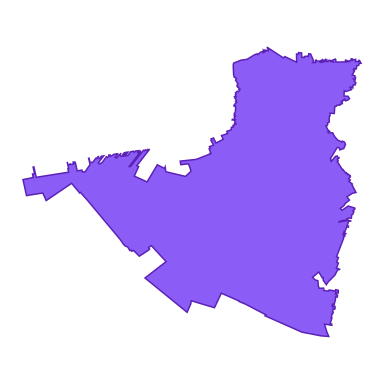 the district of Sector 5, Bucharest, Romania
{"feature_id": "2599482B58123345185343", "entity_name": "Sector 5", "entity_type": "district", "adm_level": 2, "iso_a3": "ROU", "parent_name": "Romania", "parent_adm1": "Bucharest", "projection": "natural_earth1", "projection_center": [26.071, 44.404], "detail": "fine", "context": "isolated", "style": "filled", "palette": "violet", "viewbox_px": 384, "rotation_deg": 0, "n_neighbors": 0, "source": "geoboundaries", "source_scale": "gbopen_adm2", "svg_char_len": 5943}
<svg xmlns="http://www.w3.org/2000/svg" viewBox="0 0 384 384"><path d="M23.0,179.6L26.5,195.6L42.8,193.0L46.2,200.6L71.6,183.3L79.7,193.0L80.4,192.4L87.7,200.6L120.1,239.4L123.3,244.0L125.0,245.9L127.7,247.0L129.9,250.6L131.1,250.1L131.9,251.3L133.5,250.4L139.3,256.2L148.5,250.2L149.6,249.0L148.5,247.7L151.3,245.6L166.1,261.6L145.0,278.0L187.1,312.3L190.7,304.1L191.3,300.8L214.5,307.7L221.3,293.2L239.1,301.0L239.0,301.5L245.6,304.2L265.9,314.8L265.0,315.8L302.0,332.2L320.7,335.8L328.8,336.5L327.0,332.4L324.5,324.1L332.5,325.4L331.3,324.7L331.5,324.0L330.1,323.8L331.9,318.0L331.3,317.9L332.2,313.4L332.9,313.5L333.2,312.0L332.6,311.5L333.1,309.0L334.7,309.3L335.2,307.2L334.4,307.1L334.6,306.0L333.1,305.8L332.5,306.8L332.1,305.8L332.5,304.0L334.2,304.3L335.4,300.0L335.6,296.9L337.3,297.1L337.5,295.0L336.1,294.8L336.3,293.7L335.5,293.6L335.8,292.5L338.2,293.0L338.3,290.3L335.7,289.7L335.3,291.0L329.1,290.0L328.9,290.9L327.3,291.0L324.1,290.6L323.6,288.1L319.2,288.3L318.3,285.6L317.9,280.6L315.5,280.1L312.5,277.4L318.8,272.0L322.3,277.9L323.2,277.8L323.2,280.2L326.3,284.7L328.2,281.9L335.0,275.0L337.4,270.2L340.3,269.1L338.6,269.3L338.1,268.5L336.4,268.3L338.4,263.1L336.7,262.2L338.4,257.5L336.5,256.8L343.8,237.8L343.5,236.0L344.8,236.1L345.0,234.2L345.8,233.6L344.2,232.7L343.6,234.4L343.1,234.3L344.1,231.5L344.9,231.8L346.8,226.7L349.0,227.4L348.1,226.8L348.3,226.2L346.9,226.4L348.7,221.2L351.4,221.0L347.9,220.4L339.0,222.0L339.4,221.3L342.7,220.6L342.6,219.9L343.1,220.6L347.1,219.9L346.9,218.9L348.0,218.8L348.1,218.2L351.4,218.2L351.7,214.8L352.7,214.4L353.9,211.7L353.0,210.8L354.7,209.1L354.3,209.0L354.6,208.0L348.2,206.0L342.0,210.3L340.3,208.3L343.5,206.1L345.7,203.1L349.5,200.1L346.9,196.8L352.4,193.3L356.0,192.5L351.8,184.4L352.3,184.0L348.9,181.3L350.3,180.0L348.6,178.7L350.3,176.9L349.8,176.6L350.2,175.6L348.0,174.1L347.6,174.6L346.3,172.6L345.6,173.0L342.9,169.5L342.5,169.8L337.2,161.4L338.2,160.8L337.3,159.2L339.0,158.1L338.9,157.6L338.1,157.9L337.3,156.0L335.5,156.3L331.3,161.4L330.8,160.5L331.2,160.3L330.4,158.7L336.9,148.0L337.9,147.3L339.3,148.0L339.7,149.9L343.8,148.5L345.5,144.5L344.5,142.1L342.3,141.1L341.7,142.0L337.6,140.0L334.5,136.4L332.7,132.8L329.1,133.0L327.8,132.1L329.6,131.3L327.8,129.8L325.9,125.9L326.9,125.8L327.7,124.6L327.7,122.8L329.3,122.0L329.2,116.8L330.0,116.0L330.0,113.2L334.3,113.5L334.8,106.4L336.2,106.3L337.1,105.1L339.8,105.2L339.9,104.5L341.8,103.9L342.3,103.6L341.3,102.0L342.3,101.9L342.1,100.9L344.3,100.2L344.0,99.5L344.7,99.1L345.6,100.8L348.1,100.0L349.5,98.6L348.0,96.3L344.0,96.0L344.3,90.7L346.1,91.5L351.3,89.7L351.6,89.4L349.9,87.5L351.4,86.9L352.8,87.9L353.1,84.9L355.0,85.0L355.9,82.8L354.6,81.8L355.0,80.9L353.5,79.2L355.1,79.5L355.6,77.5L354.6,77.3L354.9,75.8L352.2,75.0L354.5,71.0L353.5,69.9L354.6,69.6L354.2,68.6L356.3,68.9L356.8,65.7L358.7,65.4L359.2,63.3L361.0,63.3L359.5,60.4L358.8,60.4L358.7,61.3L355.6,61.6L355.6,59.3L352.3,60.2L352.4,58.9L351.2,58.8L351.2,60.5L349.4,60.7L349.0,61.7L347.6,60.9L347.5,61.8L346.3,61.8L346.1,60.2L345.5,60.1L345.4,61.9L335.9,62.1L335.8,59.7L335.1,59.0L332.2,60.4L333.2,61.9L330.6,61.4L330.5,60.4L328.9,60.3L327.8,61.8L326.9,61.3L326.8,59.8L325.7,60.4L325.4,59.5L324.7,60.3L325.8,61.2L325.4,61.5L322.3,59.5L322.1,59.8L324.6,61.5L322.6,62.0L320.8,60.6L320.2,61.0L321.3,62.4L320.2,62.4L319.3,61.1L316.3,60.9L316.2,60.1L315.6,60.2L315.7,62.5L312.7,62.6L313.7,61.2L310.7,54.0L308.7,53.7L308.4,56.5L307.1,56.1L304.4,56.5L304.3,57.5L301.8,57.3L301.6,52.9L298.6,52.6L298.5,54.1L296.5,54.0L296.6,62.2L284.9,56.6L283.4,57.9L267.5,47.5L267.2,47.9L268.9,49.2L268.2,49.7L268.3,50.7L267.1,50.1L265.7,51.3L265.1,50.0L264.2,50.1L263.6,50.3L264.5,52.0L263.9,52.3L263.2,50.7L263.0,52.2L262.5,51.6L260.5,52.2L257.8,54.6L257.0,53.8L254.3,54.9L247.1,59.3L240.9,60.2L233.6,63.1L233.2,65.3L233.6,74.9L234.2,77.1L235.4,77.3L235.3,78.5L235.5,78.0L236.4,78.5L235.6,80.3L238.0,84.0L237.0,85.1L237.0,86.2L238.3,86.9L237.9,87.4L239.6,88.7L238.9,89.3L239.9,90.1L238.1,91.8L237.3,91.2L235.5,92.8L236.1,94.1L235.4,94.5L235.4,95.4L236.0,96.1L235.0,96.6L235.7,96.8L234.9,97.7L235.5,97.8L235.1,98.2L236.4,100.8L235.6,101.3L236.7,102.5L235.2,103.4L234.7,104.6L235.0,105.0L234.0,105.2L233.9,105.9L235.7,106.9L235.3,112.1L234.1,113.9L235.2,115.1L234.3,115.6L235.2,116.5L234.3,117.0L234.4,118.7L235.1,119.4L232.3,119.4L232.2,119.9L234.3,119.9L234.3,120.6L234.9,120.7L234.9,123.1L235.9,123.2L235.9,124.1L234.3,123.9L234.0,125.6L233.0,125.5L233.0,127.2L231.4,127.3L231.2,129.8L226.7,131.4L227.7,133.4L221.8,135.6L221.2,134.9L223.2,139.3L216.0,143.0L213.5,138.0L211.1,138.9L211.7,140.2L211.0,140.4L213.5,145.1L209.4,146.7L210.3,148.4L209.1,148.9L210.9,153.0L210.1,153.3L210.5,153.8L196.2,159.4L180.2,161.1L180.8,164.7L188.4,163.8L189.6,166.6L190.8,170.4L190.6,171.7L185.4,176.4L165.8,171.7L165.2,166.9L164.5,168.4L157.3,164.8L147.1,181.9L134.3,176.1L138.6,166.6L136.8,165.7L149.7,149.1L149.0,149.7L147.8,149.4L148.1,149.0L146.5,150.5L145.3,149.9L145.8,149.3L144.3,150.8L143.4,150.3L130.6,166.4L129.2,166.5L140.4,151.8L139.7,151.4L140.6,150.4L138.1,152.9L137.6,152.5L138.3,151.5L137.7,151.0L138.0,150.7L135.4,151.0L134.3,152.3L133.4,151.2L130.8,151.7L127.8,155.6L125.1,155.9L128.1,152.1L127.1,152.2L126.6,153.0L126.0,152.6L122.4,156.7L125.1,152.6L124.1,152.9L121.4,156.5L119.7,155.4L121.1,153.1L116.5,158.1L115.0,157.2L118.4,153.6L116.6,154.8L116.8,153.8L114.0,154.3L110.8,156.4L109.9,155.7L110.1,155.0L108.7,155.1L108.7,156.4L107.5,157.4L106.4,156.7L102.4,162.2L99.9,163.9L98.3,162.9L103.7,155.9L101.2,156.3L99.5,158.6L97.8,157.5L98.2,156.7L97.8,156.8L96.5,158.6L95.9,158.2L92.6,162.5L89.9,162.1L89.1,158.2L88.6,158.3L90.1,164.5L85.1,171.8L82.3,171.9L82.0,170.1L77.2,170.9L75.3,162.4L74.4,162.6L74.7,163.8L74.0,161.9L73.1,162.1L73.5,164.1L70.3,164.5L70.2,164.0L68.1,165.0L67.2,161.8L68.6,168.7L67.9,168.8L68.6,172.2L36.2,177.3L33.9,166.9L33.1,167.1L34.6,173.7L32.5,174.0L33.2,177.5L23.0,179.6Z" fill="#8b5cf6" stroke="#5b21b6" stroke-width="1.5"/></svg>